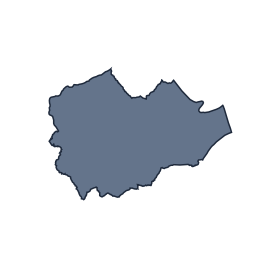 Mork, Xiangkhoang, Laos (orthographic projection), rotated 135°
{"feature_id": "54806243B65715905336268", "entity_name": "Mork", "entity_type": "district", "adm_level": 2, "iso_a3": "LAO", "parent_name": "Laos", "parent_adm1": "Xiangkhoang", "projection": "orthographic", "projection_center": [104.08, 19.054], "detail": "fine", "context": "isolated", "style": "filled", "palette": "slate", "viewbox_px": 256, "rotation_deg": 135, "n_neighbors": 0, "source": "geoboundaries", "source_scale": "gbopen_adm2", "svg_char_len": 5874}
<svg xmlns="http://www.w3.org/2000/svg" viewBox="0 0 256 256"><g transform="rotate(135 128 128)"><path d="M147.4,200.6L148.5,200.8L148.9,200.7L152.3,199.4L153.4,199.5L154.8,200.0L156.5,201.8L157.4,202.0L160.6,204.1L161.6,204.3L162.8,204.0L164.2,203.0L165.9,201.0L166.5,199.8L167.3,198.9L167.8,198.4L169.3,198.0L170.9,195.9L172.7,195.1L173.8,193.9L174.0,193.5L174.0,192.5L173.4,191.1L173.1,189.5L174.9,186.2L177.3,183.8L178.0,182.3L178.2,179.3L179.3,175.0L179.9,174.9L180.1,175.2L180.7,175.3L180.8,176.1L181.1,176.5L182.3,176.6L183.2,176.9L183.8,176.5L184.4,176.4L186.0,176.6L186.5,176.1L187.1,176.0L187.6,175.6L188.2,175.6L188.4,175.5L188.6,174.6L188.9,174.2L189.9,174.2L190.1,174.3L190.1,175.0L191.0,174.7L191.1,174.4L191.6,174.4L192.0,174.6L192.9,174.4L193.2,174.2L193.2,173.5L193.9,170.3L194.0,169.4L193.8,169.1L193.4,169.0L191.9,169.1L191.9,168.9L192.5,168.6L193.2,167.7L193.3,167.3L193.1,166.8L192.5,166.8L192.5,166.3L191.6,165.7L191.0,164.7L190.6,165.0L190.3,164.9L190.0,163.7L189.5,163.3L189.3,161.6L189.4,161.1L190.0,160.6L190.0,159.7L190.9,159.7L191.2,159.6L191.7,159.0L191.8,158.5L192.0,158.4L192.8,158.9L194.0,158.7L193.8,158.4L193.8,158.2L194.6,157.4L194.7,156.8L196.9,156.8L198.0,156.1L198.8,155.2L199.2,155.3L199.8,155.2L200.5,155.7L201.0,155.9L201.6,155.9L202.0,155.5L202.7,155.5L203.1,155.0L203.6,154.9L204.1,154.1L205.3,153.5L205.4,153.1L205.1,152.0L205.2,151.8L206.2,151.4L206.7,150.9L207.0,150.4L207.1,149.7L207.5,149.1L207.6,148.5L207.2,146.4L207.9,145.5L208.0,145.1L208.0,144.9L207.4,144.6L206.6,143.4L207.4,142.6L207.4,142.4L206.6,142.3L206.5,142.1L206.3,141.0L205.8,140.4L205.6,140.2L204.9,140.2L205.2,139.6L205.1,139.2L204.3,137.9L204.4,136.8L204.2,136.5L204.2,136.1L203.5,135.1L203.3,134.3L203.3,133.8L203.9,133.4L204.8,131.4L204.9,130.6L205.5,129.1L205.3,127.2L205.8,126.4L205.6,125.5L206.2,124.5L205.9,124.1L205.7,123.4L206.0,123.0L205.9,122.2L206.1,121.9L206.8,122.0L207.6,121.6L207.4,121.2L207.6,119.3L207.8,118.7L208.2,118.1L208.3,117.0L208.6,116.8L209.0,116.2L209.7,114.2L209.8,113.7L209.6,113.0L209.8,112.2L210.4,111.2L210.8,111.1L211.0,110.9L210.8,110.6L210.2,109.9L210.0,108.7L209.4,108.6L208.3,108.7L208.0,109.0L206.3,109.7L205.9,109.6L205.5,109.9L204.9,109.9L204.6,110.3L203.9,110.5L202.4,111.6L201.6,110.8L200.8,110.7L200.3,110.4L199.6,110.3L198.6,110.6L197.9,111.1L194.5,109.8L192.9,108.8L192.4,108.8L192.2,108.5L192.1,107.6L193.1,106.8L193.3,106.1L193.9,105.5L193.3,104.3L193.8,103.8L193.7,102.3L195.7,100.3L195.8,99.9L195.4,98.2L194.8,97.5L193.9,97.3L193.3,97.3L192.5,96.8L190.7,96.9L190.1,96.6L189.6,96.7L188.5,96.4L187.8,95.5L187.9,95.0L187.5,93.8L187.6,93.4L187.0,92.9L187.0,92.1L186.8,91.2L186.9,90.5L186.0,89.8L184.5,86.8L184.0,86.3L183.4,86.1L183.2,85.6L182.9,85.5L182.3,85.9L181.7,85.9L181.4,85.7L180.9,85.9L180.2,85.7L179.6,85.7L179.2,85.5L178.3,85.2L176.7,85.4L175.0,85.1L174.2,85.1L172.5,84.5L172.3,84.2L170.8,83.5L169.6,83.5L169.0,84.0L168.8,83.7L167.5,82.5L167.2,81.9L167.1,81.4L166.8,81.1L166.3,80.1L165.0,78.6L164.3,78.6L164.0,78.1L163.9,78.4L162.5,79.5L162.3,80.0L161.7,80.5L161.3,81.3L160.6,80.4L160.7,79.8L160.1,79.3L159.6,78.2L159.1,77.8L159.1,76.9L158.7,76.6L158.6,76.2L157.9,75.9L157.2,75.3L155.9,75.1L155.8,74.9L155.9,74.7L155.5,73.9L154.3,73.7L153.8,73.1L153.8,72.6L152.9,72.2L152.8,71.6L152.3,71.1L151.8,71.3L151.5,71.7L150.9,71.8L150.2,72.2L149.8,72.7L149.2,73.2L148.8,73.0L148.6,73.1L148.0,72.5L147.4,72.4L147.0,72.5L147.0,72.9L146.6,72.8L146.4,72.5L145.9,72.3L145.4,72.8L144.6,73.2L143.0,73.1L142.5,73.4L142.4,73.4L140.5,74.1L139.9,74.0L139.1,74.2L138.1,74.1L137.0,74.7L135.5,74.9L133.5,76.0L133.2,76.4L131.8,75.9L131.8,75.1L131.0,73.7L129.5,73.3L128.6,72.6L127.5,72.1L126.8,71.9L126.0,72.1L124.6,71.5L123.8,71.1L122.8,70.1L121.7,69.8L120.2,68.2L117.5,65.2L111.3,59.8L111.1,59.5L111.1,58.8L110.7,58.5L110.8,58.0L109.7,57.2L109.3,56.4L109.9,55.7L109.5,55.0L108.5,54.4L107.9,54.4L107.3,53.9L106.7,54.2L106.3,53.6L104.7,52.8L103.9,52.8L102.5,53.6L102.2,54.3L102.2,54.9L101.8,55.2L100.8,55.5L99.3,54.3L98.1,53.5L97.8,52.6L96.2,53.2L90.1,54.2L87.8,54.9L82.9,55.7L80.9,55.8L79.2,55.6L75.3,55.7L64.7,54.4L60.5,52.9L57.9,51.7L55.9,55.3L53.5,60.4L46.3,73.7L45.8,75.0L45.3,75.8L45.0,77.0L47.8,77.3L49.3,77.6L52.3,78.7L59.7,82.3L62.9,84.7L63.6,85.8L65.0,86.9L65.9,87.9L65.9,89.7L65.3,90.7L63.6,91.4L59.3,91.8L58.2,92.0L56.9,92.5L56.3,93.8L56.9,94.9L60.2,97.0L61.7,97.8L62.9,100.2L64.0,104.3L63.7,116.2L62.0,129.5L62.9,129.5L63.7,129.2L65.9,129.4L66.3,129.6L67.0,130.8L67.8,131.0L68.3,131.3L69.1,134.0L69.7,134.8L70.2,135.0L70.5,135.6L70.5,136.1L70.1,137.3L70.3,138.0L71.5,137.0L71.9,137.2L72.5,137.2L73.8,136.5L74.4,136.9L74.7,136.8L75.9,137.4L77.2,137.0L78.5,137.0L80.5,136.2L82.0,136.3L82.7,136.2L83.9,135.7L84.5,136.1L85.4,136.3L86.4,136.9L88.1,136.9L90.1,136.2L91.5,137.4L92.2,137.6L92.6,137.4L94.4,135.7L94.6,135.6L96.3,138.7L96.7,141.9L98.2,142.1L100.1,143.6L101.1,144.0L103.2,146.2L104.2,146.3L104.1,148.1L103.8,149.1L104.4,150.8L104.1,151.7L104.3,152.0L104.2,152.6L104.4,153.4L104.1,154.1L104.1,154.8L104.0,155.5L104.4,155.7L104.5,156.2L104.0,156.9L103.8,157.7L104.0,158.6L103.3,159.6L103.0,159.9L102.9,160.5L102.8,161.0L103.0,161.8L103.1,162.8L102.9,163.2L102.8,164.3L102.9,165.3L102.7,166.1L103.0,166.4L103.0,166.7L102.5,167.2L102.7,167.9L102.1,168.9L102.7,170.7L102.6,171.0L102.1,171.3L102.2,172.2L102.1,172.9L101.8,173.7L101.3,174.4L101.7,175.3L101.4,176.2L101.9,177.1L101.9,177.7L101.4,178.4L100.7,179.0L100.4,179.6L99.6,179.7L99.4,180.2L99.0,180.5L98.7,181.9L98.5,182.0L99.8,182.1L102.5,182.8L103.8,183.5L104.4,183.7L109.2,184.3L111.0,185.6L112.3,186.2L114.0,186.7L116.4,188.0L118.4,188.7L121.4,189.2L122.4,188.8L124.3,190.1L126.2,190.4L127.8,191.0L129.5,191.9L131.8,193.5L132.7,193.7L133.9,194.9L135.4,196.7L135.7,196.8L137.3,196.4L138.4,196.4L138.7,196.5L140.7,198.3L140.8,199.8L141.0,200.2L141.9,200.7L143.1,201.0L146.0,201.1L147.4,200.6Z" fill="#64748b" stroke="#1e293b" stroke-width="1.5"/></g></svg>